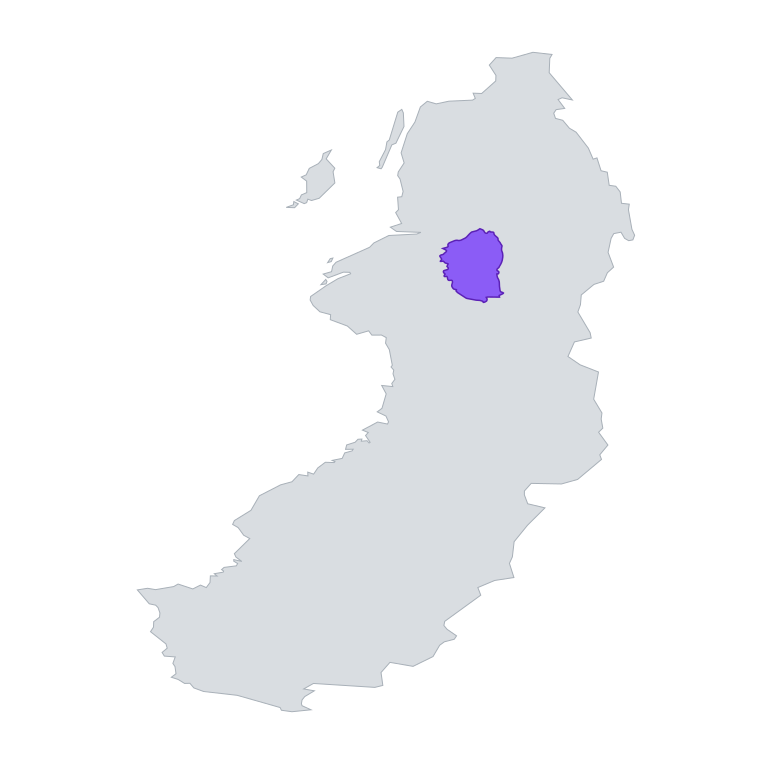 Sweden, with Orebro highlighted, rotated 176°
{"feature_id": "SWE-183", "entity_name": "Orebro", "entity_type": "County", "adm_level": 1, "iso_a3": "SWE", "parent_name": "Sweden", "parent_adm1": "", "projection": "equal_earth", "projection_center": [15.084, 59.383], "detail": "fine", "context": "in_parent", "style": "filled", "palette": "violet", "viewbox_px": 768, "rotation_deg": 176, "n_neighbors": 0, "source": "natural_earth", "source_scale": "10m", "svg_char_len": 6327}
<svg xmlns="http://www.w3.org/2000/svg" viewBox="0 0 768 768"><g transform="rotate(176 384 384)"><path d="M133.8,512.5L137.0,518.9L144.3,518.0L147.3,513.4L151.3,499.7L146.8,484.6L153.4,479.4L157.7,471.2L167.6,468.7L181.0,459.1L182.5,449.4L185.6,442.3L174.8,420.8L174.1,415.4L191.1,412.7L198.6,398.6L187.1,389.5L169.2,381.0L175.9,354.2L168.6,339.9L169.8,333.9L168.8,324.7L173.3,320.9L164.9,307.5L173.7,298.3L172.3,293.6L197.5,275.3L213.9,271.9L244.1,274.6L251.4,267.5L251.7,263.6L249.0,254.5L232.1,249.2L250.7,233.1L265.2,217.6L268.0,202.6L271.4,196.3L267.9,181.9L287.3,180.3L304.6,174.4L302.2,166.6L340.0,143.0L341.1,138.9L338.2,134.9L329.2,127.7L331.7,124.5L341.8,122.6L346.7,119.5L354.1,108.7L374.7,100.3L397.5,105.9L407.1,96.4L406.2,83.4L414.3,82.0L475.3,90.2L485.4,85.4L474.9,82.8L484.9,77.7L487.8,74.5L488.7,70.8L488.2,68.8L479.6,64.1L498.7,63.5L509.1,65.7L510.2,68.5L552.2,83.7L585.3,89.8L594.9,94.1L598.5,99.0L603.8,99.2L610.1,103.7L616.6,106.3L611.7,109.5L612.2,116.7L614.1,120.0L611.3,126.3L622.1,127.9L624.1,131.7L618.7,135.6L619.6,139.9L634.2,153.2L630.9,157.5L630.3,163.0L624.2,167.0L623.5,171.2L625.0,176.7L627.2,179.3L633.5,181.1L644.4,195.8L634.1,196.7L626.2,194.8L607.9,196.6L603.4,198.8L589.0,192.9L581.1,196.2L575.5,193.3L571.4,198.1L570.6,204.7L563.9,204.1L566.5,206.6L557.6,207.5L557.0,208.6L559.0,210.2L556.3,212.2L544.0,212.9L542.5,215.1L546.2,217.7L546.1,219.3L538.2,216.9L543.8,221.7L545.1,225.2L528.7,239.2L534.5,242.9L539.5,250.9L544.8,254.5L542.8,258.2L525.5,267.3L516.1,281.2L494.2,290.6L482.6,292.9L475.3,299.6L466.3,297.6L466.2,301.4L460.5,299.0L455.9,304.9L448.0,310.0L439.2,309.1L438.3,310.0L441.0,311.4L430.9,312.7L428.0,318.0L420.5,319.5L419.3,321.1L426.9,321.5L425.5,325.8L416.9,327.9L413.8,330.7L409.9,330.6L410.6,328.5L404.9,328.6L403.0,326.2L401.9,326.8L406.0,333.9L403.1,336.7L408.7,339.5L393.0,346.5L383.3,343.8L382.1,345.9L384.3,351.9L392.7,356.7L387.7,359.9L382.5,374.0L386.4,382.7L375.4,380.8L376.2,384.0L372.8,387.9L374.3,393.5L373.3,397.2L375.8,400.5L374.4,402.1L376.3,417.9L379.6,424.6L378.5,430.1L383.1,433.0L392.7,433.6L395.6,438.1L407.8,435.5L416.5,444.4L433.1,451.9L432.4,456.9L442.9,460.5L449.2,467.3L451.8,472.9L451.1,476.4L435.0,486.0L422.5,492.3L409.6,496.3L410.3,497.8L416.7,498.4L432.3,493.8L437.0,497.9L428.5,499.7L426.9,505.3L423.3,508.8L388.8,521.4L384.3,525.4L368.8,531.8L340.9,531.3L336.6,532.7L360.9,535.3L366.7,540.0L355.2,542.9L360.4,554.2L357.4,556.9L357.4,569.4L353.2,569.6L351.5,574.8L353.7,587.4L355.8,590.9L355.0,594.5L348.5,603.1L350.8,613.4L343.3,632.1L334.9,643.1L328.4,657.8L321.1,663.0L312.4,659.8L299.5,661.6L275.9,661.0L273.0,662.5L274.8,667.9L266.3,667.0L251.4,678.5L250.8,684.0L256.7,694.8L249.4,701.8L233.5,700.1L212.3,704.5L193.4,701.0L195.9,697.3L197.5,683.0L176.3,654.2L186.4,657.1L190.5,655.6L184.5,646.3L193.1,645.7L195.8,642.3L194.4,637.0L187.3,634.6L181.2,626.2L174.8,621.8L163.7,605.1L159.7,593.7L155.8,594.7L152.6,581.6L146.5,579.7L145.5,566.5L139.0,565.1L135.0,559.1L134.5,547.7L126.8,546.3L128.0,540.8L125.9,521.0L123.6,514.9L125.7,510.4L129.9,509.9L133.8,512.5ZM458.6,573.6L455.2,574.8L453.2,578.4L447.7,580.3L447.0,591.8L452.1,596.2L447.0,598.1L443.5,604.3L434.1,608.4L430.3,612.3L428.5,618.1L420.2,621.1L426.0,612.6L418.0,602.7L420.0,599.3L419.0,588.0L435.7,573.8L443.5,572.1L447.1,573.7L448.5,570.3L451.0,569.5L458.6,573.6ZM351.3,654.2L347.1,656.7L345.8,653.1L346.1,639.5L355.3,623.4L359.5,622.0L370.6,600.4L371.9,598.9L375.8,600.3L373.0,602.3L373.2,606.1L366.1,617.7L364.2,625.3L361.7,627.1L351.3,654.2ZM461.9,569.1L461.2,572.3L456.9,569.7L460.9,566.1L469.2,567.0L461.9,569.1ZM440.0,487.5L434.8,492.4L433.7,490.3L434.8,487.9L440.0,487.5ZM428.9,512.8L426.2,513.2L428.1,509.8L431.8,509.0L428.9,512.8Z" fill="#d9dde1" stroke="#a8b0b8" stroke-width="1"/><path d="M263.6,486.1L263.8,485.8L263.8,485.1L263.5,482.9L263.2,481.9L262.7,480.8L262.3,479.9L261.9,477.9L261.9,476.7L262.0,473.4L261.7,469.0L261.3,468.1L260.6,467.6L259.2,467.0L258.8,466.7L258.5,466.4L258.7,466.1L259.3,465.7L262.9,464.3L262.7,462.6L273.7,463.5L274.8,463.5L276.0,463.3L275.2,461.5L275.4,460.5L275.9,459.6L277.7,458.7L278.6,458.5L279.2,458.5L279.4,458.7L279.4,458.8L279.4,459.1L279.5,459.4L279.8,459.6L280.6,460.0L282.5,460.7L286.2,461.2L295.4,463.6L296.2,464.0L296.6,464.3L304.4,470.2L304.8,470.8L305.5,471.5L305.6,472.0L305.5,472.4L305.1,472.8L305.3,473.1L305.9,473.3L306.7,473.4L308.0,474.0L308.6,474.8L309.4,476.3L309.6,477.2L309.4,478.3L308.6,480.5L308.6,481.7L308.8,482.4L309.2,482.7L309.7,482.8L311.4,482.8L312.2,482.9L312.9,483.5L313.2,484.4L313.3,485.8L313.5,486.4L313.8,486.9L314.4,487.0L315.5,486.9L315.9,486.9L316.4,487.2L316.5,487.7L316.3,488.2L315.5,489.2L315.5,489.3L315.5,489.6L315.7,489.9L316.6,490.7L316.9,491.4L316.9,492.2L316.5,492.8L315.7,493.1L312.5,493.8L312.2,494.1L311.9,494.6L311.8,495.2L312.0,495.7L312.3,496.1L312.7,496.5L312.9,496.7L313.0,496.9L311.9,498.9L311.7,499.3L312.0,499.6L313.7,500.1L314.8,500.7L315.7,501.8L316.2,502.3L316.9,502.4L318.6,502.3L319.2,502.4L319.2,502.7L319.0,502.9L318.1,503.9L317.8,504.4L317.9,504.8L318.3,505.6L319.3,507.3L319.4,507.8L319.2,508.1L318.6,508.5L317.8,508.8L316.6,509.0L315.9,509.2L315.4,509.5L314.9,510.1L313.5,511.0L312.9,511.5L312.5,512.0L312.3,512.5L312.7,513.0L313.2,513.5L315.9,515.1L314.0,515.5L312.9,515.7L311.7,516.0L310.8,516.4L310.4,516.9L310.4,517.3L310.5,517.6L310.6,518.2L310.4,519.0L309.3,520.1L308.1,520.6L303.5,522.1L302.3,522.3L301.1,522.3L299.6,521.9L298.5,521.9L297.2,522.1L292.6,524.0L291.4,524.8L288.1,527.9L286.7,529.0L285.9,529.5L281.0,530.4L279.6,531.0L277.5,532.2L274.8,530.9L273.9,530.1L273.3,528.8L272.6,527.7L271.8,527.3L271.0,527.2L270.5,527.3L270.2,527.6L270.1,527.8L270.0,528.1L269.6,528.3L269.0,528.7L268.1,529.0L267.8,529.0L267.6,528.8L267.4,528.3L266.9,528.2L265.2,528.0L264.2,527.7L263.9,527.2L263.8,526.2L263.6,525.4L263.0,524.5L260.6,522.1L260.2,521.4L260.1,520.8L260.2,520.1L260.1,519.6L259.9,519.1L259.0,517.9L258.2,516.7L257.6,515.3L257.2,514.8L256.6,513.5L257.2,511.4L257.4,509.4L257.2,508.4L256.7,506.8L256.6,506.2L256.5,503.9L256.7,502.2L257.4,499.2L258.2,497.2L259.2,495.4L260.7,493.2L261.0,492.7L261.1,492.4L261.4,492.1L262.8,491.1L263.2,490.6L263.4,490.1L263.3,489.3L263.1,489.2L262.4,488.7L261.9,488.3L261.6,487.8L261.6,487.2L261.9,486.4L262.3,486.0L262.7,485.8L263.1,485.9L263.6,486.1Z" fill="#8b5cf6" stroke="#5b21b6" stroke-width="1.5"/></g></svg>